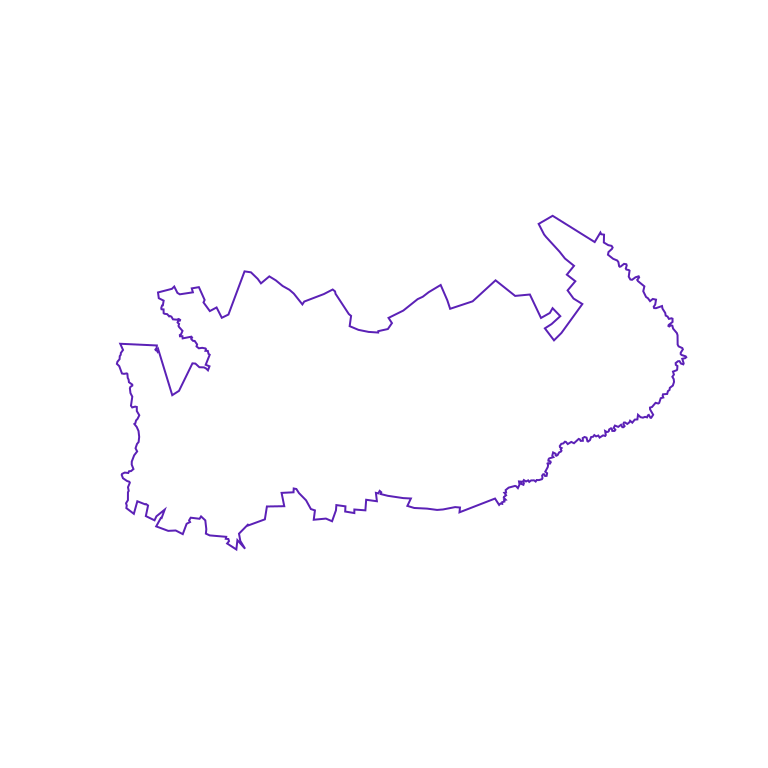 Dr Ruth Segomotsi Mompati, North West, South Africa (Mercator projection), rotated 123°
{"feature_id": "47623444B1265322146951", "entity_name": "Dr Ruth Segomotsi Mompati", "entity_type": "district", "adm_level": 2, "iso_a3": "ZAF", "parent_name": "South Africa", "parent_adm1": "North West", "projection": "mercator", "projection_center": [24.344, -26.693], "detail": "fine", "context": "isolated", "style": "outline", "palette": "violet", "viewbox_px": 768, "rotation_deg": 123, "n_neighbors": 0, "source": "geoboundaries", "source_scale": "gbopen_adm2", "svg_char_len": 6166}
<svg xmlns="http://www.w3.org/2000/svg" viewBox="0 0 768 768"><g transform="rotate(123 384 384)"><path d="M603.2,428.7L603.2,417.7L594.8,421.9L597.8,410.8L593.9,419.0L588.5,424.1L575.3,421.4L576.8,421.0L562.4,410.2L550.5,415.5L540.8,401.1L531.1,410.6L524.1,400.9L520.8,402.8L519.8,400.3L521.8,395.9L524.0,386.0L528.7,377.2L527.6,373.1L536.1,369.0L528.5,359.4L527.4,352.8L516.1,355.5L511.5,358.0L507.6,349.7L512.1,347.1L508.4,338.6L505.4,340.5L500.1,330.8L490.8,335.9L486.2,326.1L479.7,331.5L478.8,329.2L476.0,329.4L476.3,327.3L478.1,326.9L475.7,319.9L469.2,305.7L465.4,299.1L473.5,298.0L471.5,291.1L465.1,280.1L460.7,270.9L457.1,266.2L448.5,257.3L446.2,253.0L450.5,250.8L419.6,228.5L422.7,221.6L420.7,221.2L420.1,219.6L418.8,220.5L417.0,219.0L416.0,220.1L414.8,218.9L414.2,221.6L413.3,221.9L410.8,221.0L409.7,223.8L408.5,222.5L406.7,224.2L403.0,223.0L398.1,218.6L397.8,217.4L398.4,215.0L394.5,215.6L392.2,217.7L391.1,215.6L393.0,214.4L392.6,212.2L391.1,212.6L389.8,214.3L388.4,214.4L388.4,211.8L386.3,210.6L387.0,208.9L384.7,208.1L383.1,205.7L383.2,203.7L381.4,203.7L380.2,201.7L377.8,199.7L376.7,199.8L374.6,201.5L372.9,201.3L372.5,200.5L373.4,198.8L372.5,197.6L370.0,198.6L369.7,201.0L364.5,201.4L362.7,202.2L361.6,203.6L360.9,203.2L360.4,201.5L358.9,201.5L358.3,202.2L358.8,204.4L357.5,205.0L356.4,204.9L353.1,202.1L352.5,203.8L349.3,204.9L349.0,202.1L350.4,201.1L350.3,200.4L349.1,199.7L346.0,199.9L344.3,198.8L343.3,198.8L342.5,200.2L341.0,200.1L341.2,201.9L340.3,202.8L337.6,202.7L336.1,201.2L333.9,200.9L333.5,200.0L334.3,197.2L330.6,195.4L330.2,192.4L324.0,190.8L323.8,189.7L324.6,188.1L323.3,186.3L321.1,187.9L319.2,186.9L318.7,184.9L321.2,182.2L321.1,181.5L318.9,180.7L315.7,181.4L314.3,179.9L312.3,179.8L312.4,177.6L310.5,176.2L311.5,174.0L307.8,172.3L307.1,170.2L306.0,170.2L303.0,172.9L302.9,171.0L302.1,170.1L301.0,169.8L299.5,170.4L297.5,169.5L297.7,168.3L299.0,167.0L297.8,165.1L296.4,165.0L295.6,167.5L293.1,167.7L292.4,164.2L289.1,163.0L290.4,160.6L289.8,159.6L288.3,159.3L287.2,161.5L285.7,161.8L285.0,160.9L285.0,158.2L282.4,157.3L280.8,157.6L281.2,154.7L277.3,154.3L275.7,152.2L271.5,154.2L272.1,150.8L271.2,148.5L269.4,147.2L268.7,145.2L266.6,145.6L265.7,145.1L267.2,142.1L266.8,141.5L263.2,141.5L260.4,147.0L258.9,148.1L257.3,146.7L251.9,146.0L251.0,143.4L250.0,142.9L245.2,144.2L243.2,142.4L242.1,143.9L240.7,144.4L238.1,141.1L235.4,142.0L233.5,141.3L231.5,142.2L228.0,140.9L224.3,141.9L222.1,143.7L220.9,146.1L218.2,146.0L216.2,148.4L213.0,146.0L212.0,146.1L209.1,147.7L209.0,149.7L207.6,150.8L204.7,149.8L203.9,148.6L205.1,146.0L204.5,143.7L203.5,143.9L200.4,147.6L198.3,145.5L196.9,145.1L196.5,146.1L197.6,150.3L197.3,151.5L196.1,152.2L192.2,152.2L191.4,153.4L192.0,157.4L191.0,159.2L183.2,164.4L181.8,166.1L180.1,171.7L178.1,173.9L178.5,175.4L180.4,176.1L180.4,177.1L179.4,177.4L174.8,175.8L172.1,177.6L172.3,178.7L174.2,180.5L173.0,182.9L173.2,185.0L171.2,186.9L169.1,191.5L167.2,193.3L172.3,197.2L173.2,198.8L172.3,199.9L169.7,199.8L165.1,201.8L166.3,204.9L169.6,206.0L168.3,209.4L168.3,211.6L165.0,217.1L160.3,218.8L159.4,227.0L158.8,228.3L155.6,228.1L155.0,229.1L157.5,231.2L161.5,232.7L162.2,234.3L160.7,237.2L155.2,239.8L155.1,240.8L156.0,243.1L155.5,244.1L152.4,245.0L151.6,246.0L152.5,248.1L156.6,249.5L157.3,250.2L157.1,251.0L154.1,253.8L153.4,255.7L154.2,260.0L153.6,266.6L151.0,267.6L146.5,266.4L145.0,266.6L144.2,268.4L145.4,271.5L145.6,276.7L138.9,280.8L140.1,283.4L139.1,285.0L150.2,284.6L151.1,334.2L165.5,341.5L171.4,331.2L172.4,328.2L177.4,308.9L180.2,300.6L181.4,289.0L192.7,290.2L193.6,279.5L205.5,281.0L209.1,271.6L208.9,261.2L244.6,263.0L254.8,265.2L249.7,279.4L242.5,276.1L231.1,273.1L228.6,283.9L234.1,283.6L243.1,288.3L229.5,310.4L238.7,322.0L236.3,346.9L266.4,354.7L284.9,369.5L279.3,376.5L270.1,390.4L282.6,396.5L289.7,399.0L294.5,402.0L311.9,407.8L326.1,416.2L328.6,410.5L335.8,410.7L342.8,417.6L344.0,416.9L348.7,425.3L352.5,434.9L354.2,444.3L344.8,448.7L344.5,451.6L335.6,471.8L334.8,473.7L333.0,475.5L332.7,478.5L341.3,483.4L358.3,495.8L361.7,495.8L357.3,508.9L356.5,514.6L357.0,522.4L356.0,531.2L356.2,538.8L366.6,542.0L364.6,547.2L362.8,556.4L365.5,562.3L410.5,552.3L416.8,556.1L411.0,566.1L417.7,569.8L413.9,579.8L411.2,580.2L403.6,592.0L408.5,597.3L411.2,594.2L420.0,604.1L420.1,606.9L416.5,613.0L419.7,613.7L430.3,623.4L434.7,619.6L434.1,614.2L438.5,612.3L439.0,612.9L441.6,612.2L442.5,611.3L441.5,609.5L444.6,607.4L444.7,606.5L443.5,603.8L444.3,601.0L443.6,600.7L443.3,599.0L444.7,596.2L442.9,592.8L441.3,591.6L441.3,589.9L442.0,589.7L443.2,591.0L444.9,590.6L445.2,588.6L447.2,588.0L447.8,587.0L449.2,581.9L452.7,581.3L454.1,581.9L455.1,581.1L453.7,579.1L455.4,577.7L449.2,571.3L449.7,570.2L450.8,570.5L451.4,569.9L451.8,567.6L451.0,566.2L452.6,562.3L454.6,561.7L454.9,558.7L452.7,556.2L451.4,553.1L451.7,552.3L453.4,551.8L452.2,549.8L454.3,547.6L454.4,546.1L465.0,544.0L464.2,540.0L468.4,539.1L467.9,541.5L468.1,544.0L470.5,548.0L469.6,553.3L471.0,555.9L501.4,552.2L508.7,555.5L478.0,592.1L480.2,591.6L479.6,592.9L480.0,593.8L479.6,594.5L477.8,594.2L475.4,595.5L493.9,627.1L497.6,621.4L501.3,621.6L502.9,620.7L504.5,620.8L507.2,619.3L510.5,619.7L512.6,619.0L513.2,615.8L517.9,609.5L517.1,607.6L515.2,605.5L515.3,604.7L518.4,602.3L519.4,600.6L521.4,598.9L521.6,594.8L522.4,594.2L524.5,595.1L526.0,594.8L529.7,591.7L531.7,588.2L540.0,584.4L540.8,582.4L538.5,580.4L537.9,578.8L541.3,576.6L543.5,572.2L547.5,571.7L549.6,572.1L552.3,571.2L553.5,571.6L554.7,568.0L557.1,564.3L561.7,560.5L566.3,558.2L568.8,558.5L573.2,557.4L575.0,554.3L579.9,554.7L586.4,553.3L589.0,551.7L591.8,547.8L594.8,548.7L596.0,550.3L597.9,550.0L599.5,553.2L602.0,554.7L603.1,554.5L605.2,551.6L605.3,546.7L604.7,544.3L605.2,543.4L610.0,542.5L612.7,539.9L614.2,539.8L620.9,535.5L624.5,535.4L626.0,533.6L628.4,532.5L629.1,523.1L616.7,527.0L615.0,518.7L614.3,518.3L614.4,515.7L624.5,511.8L623.3,502.2L618.9,502.8L608.8,499.5L617.6,497.5L617.8,498.2L627.5,497.5L624.7,485.0L620.3,478.9L619.5,471.0L608.7,473.4L605.4,471.5L604.5,473.2L601.4,473.3L597.5,465.3L594.7,465.3L595.7,459.6L602.6,453.9L606.5,451.9L605.9,447.7L598.1,433.1L600.0,432.4L598.8,430.1L600.2,428.4L603.2,428.7Z" fill="none" stroke="#5b21b6" stroke-width="2"/></g></svg>